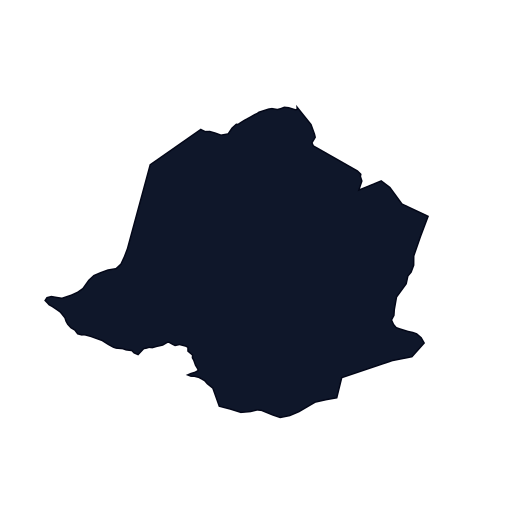 the district of Tanetze de Zaragoza, Oaxaca, Mexico, rotated 108°
{"feature_id": "50627088B89578297577664", "entity_name": "Tanetze de Zaragoza", "entity_type": "district", "adm_level": 2, "iso_a3": "MEX", "parent_name": "Mexico", "parent_adm1": "Oaxaca", "projection": "albers", "projection_center": [-96.29, 17.383], "detail": "fine", "context": "isolated", "style": "filled", "palette": "ink", "viewbox_px": 512, "rotation_deg": 108, "n_neighbors": 0, "source": "geoboundaries", "source_scale": "gbopen_adm2", "svg_char_len": 1950}
<svg xmlns="http://www.w3.org/2000/svg" viewBox="0 0 512 512"><g transform="rotate(108 256 256)"><path d="M410.2,244.5L409.5,233.1L409.4,222.1L405.7,213.3L402.0,207.3L401.1,203.0L402.0,190.9L402.1,183.1L397.4,174.7L390.8,167.1L376.7,154.6L370.9,144.8L365.9,135.4L345.2,136.9L313.3,94.0L313.2,93.8L303.6,76.6L286.8,69.2L282.7,73.7L280.4,79.2L280.3,83.2L280.8,88.2L280.9,97.3L280.8,100.6L278.6,104.1L275.0,107.4L269.8,106.5L264.3,107.9L251.6,109.7L244.6,107.4L236.0,104.6L228.1,105.4L223.4,103.5L216.0,103.2L207.2,106.0L186.6,105.6L165.1,104.6L161.5,133.2L149.5,149.8L145.9,160.1L161.6,178.6L152.0,178.5L148.1,181.3L145.9,181.6L143.8,185.8L133.6,235.5L131.1,237.8L124.8,236.4L122.0,238.1L114.0,244.3L101.8,262.9L103.7,262.1L104.8,263.5L104.9,270.8L105.8,275.0L108.1,277.8L110.1,280.9L110.9,286.4L112.4,289.4L118.3,297.6L120.1,298.9L121.9,300.9L125.7,304.3L130.4,308.8L133.6,311.5L136.4,313.7L136.8,315.4L141.8,318.3L148.5,320.2L151.9,326.6L151.9,326.9L151.7,332.6L151.9,338.5L153.4,342.8L152.8,347.4L152.7,347.6L201.9,384.8L288.8,380.5L297.2,380.9L305.4,381.9L311.3,385.2L315.1,392.5L319.9,398.6L324.7,404.1L330.8,407.5L340.4,410.5L345.5,414.3L350.3,419.5L356.2,427.5L357.1,433.2L357.8,438.1L360.2,441.9L363.5,442.8L365.1,439.7L366.3,437.7L366.9,434.4L368.7,428.1L369.8,424.7L373.8,418.6L376.8,416.4L379.1,413.9L381.4,409.8L382.4,405.4L385.1,401.5L384.9,397.4L384.2,395.7L383.8,394.0L383.5,388.1L383.9,376.2L385.7,369.2L386.8,363.4L386.8,360.5L385.3,354.1L385.4,350.5L384.3,344.8L385.8,342.0L386.2,337.7L378.8,334.2L377.5,331.8L375.9,329.5L375.2,326.3L372.5,322.3L371.6,320.7L369.5,317.2L365.5,313.7L364.9,312.1L365.7,308.1L366.1,305.3L363.8,301.4L363.4,294.8L363.9,292.5L367.5,291.3L369.8,285.7L372.5,285.0L374.3,283.0L378.6,279.7L380.7,277.2L382.5,275.5L382.9,275.7L385.4,278.0L387.9,281.6L390.2,284.2L390.4,280.7L389.4,277.4L389.1,272.8L390.4,266.3L392.5,262.8L395.0,256.2L410.2,244.5Z" fill="#0f172a" stroke="#020617" stroke-width="1.5"/></g></svg>